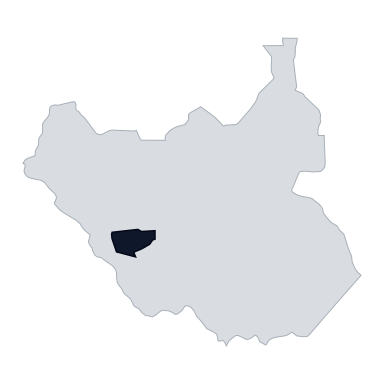 Nagero, Western Equatoria, South Sudan (highlighted)
{"feature_id": "79223893B92049236674471", "entity_name": "Nagero", "entity_type": "district", "adm_level": 2, "iso_a3": "SSD", "parent_name": "South Sudan", "parent_adm1": "Western Equatoria", "projection": "natural_earth1", "projection_center": [27.894, 6.408], "detail": "fine", "context": "in_parent", "style": "filled", "palette": "ink", "viewbox_px": 384, "rotation_deg": 0, "n_neighbors": 0, "source": "geoboundaries", "source_scale": "gbopen_adm2", "svg_char_len": 3838}
<svg xmlns="http://www.w3.org/2000/svg" viewBox="0 0 384 384"><path d="M321.8,320.2L309.4,334.6L308.5,335.5L307.0,336.6L302.0,336.6L296.8,335.9L292.0,332.2L287.2,335.1L284.1,336.0L282.3,336.3L277.9,336.8L271.9,338.3L269.1,340.3L267.7,341.8L266.4,344.6L265.8,344.9L264.7,344.6L263.1,343.5L259.9,341.8L258.3,338.2L256.8,336.1L255.5,334.9L250.4,338.5L247.9,339.4L245.9,339.3L242.1,337.2L238.0,335.5L235.9,335.5L232.7,337.7L229.1,340.9L227.2,344.1L226.3,345.9L225.1,343.0L223.9,341.2L222.1,340.5L218.7,341.2L217.8,340.2L217.7,337.8L217.1,335.5L216.3,333.8L213.6,332.1L206.7,328.6L201.5,321.7L198.8,318.5L196.8,316.5L194.1,311.0L191.0,307.3L187.2,305.6L184.7,306.4L182.1,310.4L177.2,314.2L175.0,314.3L172.1,312.3L168.5,310.8L162.1,310.2L159.4,312.0L155.9,314.9L153.0,316.6L151.1,316.8L149.4,316.1L147.5,315.7L145.8,315.7L142.3,313.0L140.6,311.1L139.4,309.2L137.4,308.0L135.1,306.9L133.5,305.3L132.7,303.2L131.4,300.6L129.7,298.2L124.5,293.9L122.9,291.4L121.8,288.9L119.6,286.2L117.3,282.6L116.6,277.2L116.5,272.9L116.0,271.0L115.1,269.0L113.9,267.3L112.1,265.4L107.8,262.6L103.4,259.4L101.2,257.6L97.2,256.9L94.8,255.1L92.8,251.1L91.9,247.9L89.9,245.4L89.0,243.6L88.5,241.5L90.2,235.1L87.8,232.9L84.3,230.0L81.8,226.8L80.3,223.9L75.8,220.0L66.0,214.2L60.4,210.5L57.3,207.2L54.6,204.0L54.3,202.6L56.1,199.4L56.4,196.7L54.9,193.8L49.1,188.3L44.4,182.2L40.9,180.3L32.4,178.6L29.9,177.9L27.4,176.8L24.9,174.0L24.0,170.8L25.3,165.6L24.5,164.0L23.0,163.6L23.4,162.5L25.1,160.0L27.7,158.3L34.7,155.8L35.1,154.8L35.3,151.5L35.8,149.9L38.3,145.5L38.6,143.7L38.7,139.8L39.1,138.0L39.8,136.8L41.7,134.5L42.4,133.2L42.7,130.2L42.5,124.4L43.5,122.2L47.9,116.9L49.1,114.6L49.5,112.4L49.5,110.3L49.7,108.2L51.1,106.1L52.2,105.5L55.5,104.9L57.7,105.3L73.2,101.7L75.0,102.2L75.9,104.3L75.8,107.7L76.0,109.3L76.9,110.5L79.3,112.1L81.1,114.9L82.0,115.8L84.5,117.7L96.0,133.2L99.3,134.7L102.4,134.2L108.7,130.9L111.9,130.1L133.9,131.0L136.3,130.6L136.5,130.6L139.8,138.4L141.4,140.2L165.6,140.3L165.1,138.1L165.4,135.6L169.6,130.8L170.2,130.3L174.0,128.0L177.6,126.4L184.6,124.7L187.1,121.9L188.6,119.3L188.6,114.2L189.5,113.4L191.2,112.2L199.3,107.7L200.6,106.7L214.9,117.2L223.0,125.6L223.5,126.0L223.9,126.1L224.3,125.8L224.7,125.5L225.6,125.1L229.1,125.0L235.6,124.6L237.7,123.6L250.7,108.7L254.0,104.0L254.8,103.0L256.7,99.6L258.7,93.8L259.1,93.1L273.3,79.2L273.8,78.1L273.9,77.2L271.7,72.5L271.3,70.1L271.2,66.5L271.6,60.7L271.4,57.1L271.2,56.2L263.1,45.7L283.2,45.6L283.2,44.3L283.2,43.9L282.8,42.7L282.5,41.0L282.6,40.1L282.7,39.3L282.7,38.8L282.6,38.4L282.6,38.2L297.2,38.3L297.0,41.2L295.3,48.0L295.3,52.1L294.9,56.8L294.4,58.2L293.7,59.3L293.5,59.8L293.4,60.4L296.6,86.5L296.3,87.6L295.6,89.2L295.3,89.8L295.3,90.2L295.6,90.5L302.3,93.3L302.6,93.5L302.9,93.7L305.3,97.1L318.5,109.5L318.9,110.1L320.3,114.0L320.5,114.6L320.5,115.5L320.5,116.2L320.2,118.6L320.3,119.6L320.5,120.3L320.7,121.1L320.7,121.4L320.6,122.0L318.7,126.5L318.0,129.7L317.9,132.4L318.0,133.9L318.2,134.9L318.4,135.3L318.6,135.5L324.3,135.5L324.2,136.9L325.1,160.5L325.1,163.2L324.9,166.5L324.2,167.8L322.6,169.7L320.6,171.4L315.5,171.8L311.3,171.8L308.2,171.4L304.1,171.2L300.2,171.6L298.8,173.1L293.7,185.6L292.1,188.7L291.7,190.6L292.2,191.7L294.2,193.2L298.6,195.5L303.7,196.8L307.5,197.3L310.0,197.9L312.0,198.6L319.2,204.3L321.5,207.0L322.8,209.3L323.1,211.8L324.2,214.3L330.7,222.2L337.0,225.9L339.4,230.0L341.7,232.1L343.9,234.3L345.0,237.5L347.8,246.9L349.6,251.9L351.5,255.9L352.3,262.5L353.7,265.5L355.3,269.0L357.8,272.3L360.5,274.8L361.0,275.4L334.0,306.1L321.8,320.2Z" fill="#d9dde1" stroke="#a8b0b8" stroke-width="1"/><path d="M155.0,230.7L141.4,231.5L140.9,231.2L137.9,229.4L112.1,232.3L111.6,234.3L112.0,238.5L116.5,251.9L135.6,256.9L133.7,252.2L142.0,248.7L149.7,244.2L152.6,240.0L155.0,239.2L155.0,230.7Z" fill="#0f172a" stroke="#020617" stroke-width="1.5"/></svg>